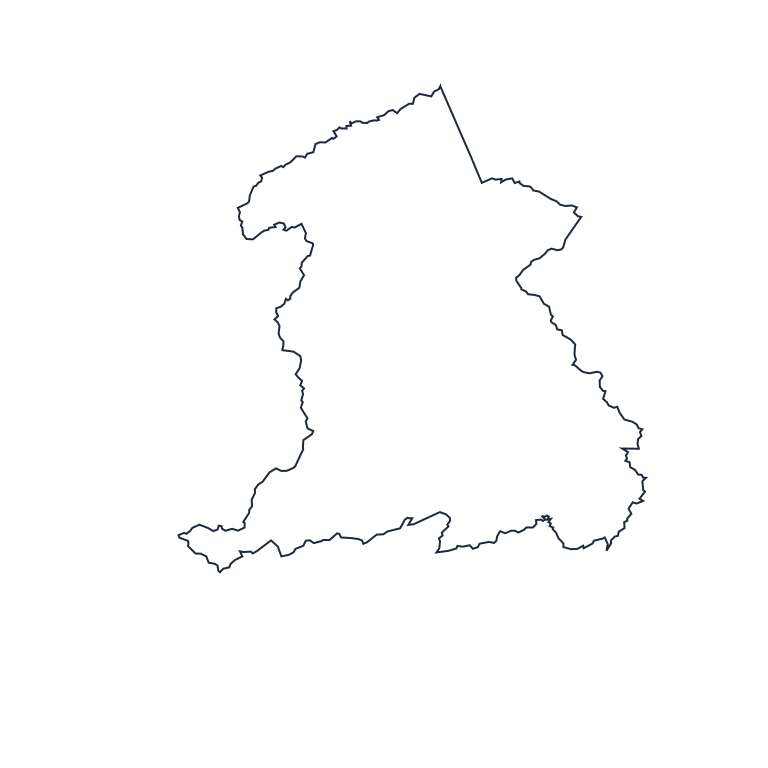 Utuado, Puerto Rico (Equal Earth projection), rotated 63°
{"feature_id": "32010507B18801000784875", "entity_name": "Utuado", "entity_type": "district", "adm_level": 2, "iso_a3": "PRI", "parent_name": "Puerto Rico", "parent_adm1": "", "projection": "equal_earth", "projection_center": [-66.695, 18.25], "detail": "fine", "context": "isolated", "style": "outline", "palette": "slate", "viewbox_px": 768, "rotation_deg": 63, "n_neighbors": 0, "source": "geoboundaries", "source_scale": "gbopen_adm2", "svg_char_len": 5121}
<svg xmlns="http://www.w3.org/2000/svg" viewBox="0 0 768 768"><g transform="rotate(63 384 384)"><path d="M557.4,186.3L552.4,185.3L548.4,182.5L547.2,178.3L543.0,177.7L541.6,174.4L539.0,177.2L534.7,177.2L530.2,180.0L524.7,186.0L516.4,187.1L510.2,186.5L509.6,189.9L505.0,193.6L501.7,193.6L496.7,195.5L491.0,189.9L489.6,191.9L484.7,193.0L478.8,190.3L476.2,185.8L472.0,186.0L469.8,188.7L467.8,195.9L464.6,200.1L462.1,202.2L454.0,205.4L452.5,207.3L449.6,201.9L444.4,201.0L439.7,198.3L435.6,195.7L429.2,197.4L421.5,202.6L416.8,201.2L414.0,204.9L413.7,204.8L409.5,204.1L404.9,206.8L403.2,206.6L400.5,202.9L397.9,203.8L390.0,201.8L385.1,205.1L376.5,205.6L373.0,209.4L369.5,214.8L365.6,215.7L362.2,218.6L360.4,218.2L352.0,219.2L349.3,218.0L348.3,213.5L345.5,208.3L344.2,199.3L341.9,197.4L341.5,193.8L342.6,188.4L341.1,181.7L339.2,177.3L339.5,173.2L343.5,168.8L344.6,164.9L343.7,162.4L337.7,156.8L324.6,132.4L322.5,135.1L317.2,136.9L314.2,131.9L310.2,135.6L307.6,141.8L304.3,145.6L299.4,147.4L294.8,151.4L282.8,158.6L279.3,163.2L275.9,163.5L273.9,164.7L270.9,169.7L266.7,171.9L265.0,171.4L264.3,176.3L259.0,176.4L257.1,182.5L257.5,188.1L254.7,186.1L252.5,191.9L249.8,194.4L249.2,205.5L221.5,203.4L204.6,202.4L203.1,202.3L145.0,198.7L144.1,198.5L146.2,201.3L146.2,206.6L149.2,211.3L141.6,220.7L142.0,222.4L142.7,226.9L147.5,231.0L145.7,234.3L146.5,244.5L148.7,249.3L143.7,252.0L143.0,256.5L144.5,261.9L143.2,269.0L146.4,268.5L146.1,270.7L144.6,273.0L143.3,278.4L143.8,280.5L141.4,284.7L139.2,285.9L137.2,289.8L137.1,294.4L134.4,295.3L138.9,296.1L137.0,300.3L139.4,301.3L136.9,306.0L135.1,307.3L136.3,310.6L135.8,314.2L141.9,313.8L142.6,317.8L141.2,318.5L142.2,326.7L139.5,331.2L139.1,336.1L145.4,341.7L144.0,347.9L146.4,351.6L144.5,353.0L141.3,358.7L144.0,366.7L143.9,372.3L145.1,375.3L143.0,376.6L142.8,383.1L143.6,386.4L142.5,390.5L142.0,399.5L144.8,399.0L147.7,401.4L147.7,404.7L149.3,407.8L148.9,410.6L155.0,417.9L160.2,421.4L161.0,423.9L160.7,434.3L165.6,434.4L168.5,437.0L172.4,438.2L174.9,436.5L178.0,439.7L180.3,439.2L186.7,441.7L192.4,440.7L195.6,435.1L193.4,425.0L193.0,421.0L194.2,417.0L192.7,415.5L194.8,409.4L192.2,409.5L192.6,403.9L195.5,400.4L199.7,400.6L200.9,403.5L203.1,401.4L202.2,395.0L204.0,392.5L203.8,384.8L214.1,385.1L218.4,388.4L221.5,388.1L226.3,383.7L227.8,383.9L236.0,391.6L235.3,393.9L238.7,402.4L241.7,404.0L242.8,406.6L250.7,405.8L254.6,411.9L259.8,415.7L261.1,423.7L263.1,427.6L265.5,428.8L265.8,431.7L263.6,432.8L267.2,436.4L268.3,440.9L267.6,445.6L271.4,447.6L275.3,447.4L276.7,452.2L280.8,450.7L285.0,450.8L291.2,455.0L295.6,455.6L300.4,454.2L304.2,456.4L307.7,459.2L314.1,449.9L321.2,445.9L325.5,447.2L331.5,451.9L335.2,458.3L339.0,457.5L344.0,455.6L347.1,459.2L351.6,457.2L352.3,458.8L352.8,460.0L356.4,460.8L361.0,465.1L363.3,464.6L367.4,468.9L379.9,467.8L381.8,470.7L388.9,472.3L393.8,468.4L396.0,471.0L397.4,481.3L403.6,485.0L405.8,485.8L407.2,487.9L417.2,500.7L417.5,502.3L417.6,505.2L417.2,510.1L414.7,515.1L410.1,518.6L410.8,526.2L416.0,536.6L416.3,541.1L419.0,546.8L422.5,548.4L427.1,554.5L433.0,557.0L435.0,561.2L437.7,562.8L443.0,572.0L444.6,571.2L448.6,573.4L448.4,580.6L444.1,585.0L442.7,592.0L439.4,594.0L437.0,593.3L435.2,595.6L438.1,598.3L437.5,603.0L432.6,606.0L425.5,612.4L425.2,620.0L426.8,623.2L427.8,628.1L425.9,629.7L425.4,635.6L428.0,636.1L434.9,629.8L437.6,630.8L439.4,632.2L449.5,628.9L452.0,624.3L456.8,620.6L463.6,621.3L467.6,616.2L470.3,614.8L475.1,616.4L477.3,615.5L475.6,611.2L477.1,605.1L474.7,602.5L473.2,596.8L473.3,588.5L467.7,588.3L469.9,585.5L473.0,578.6L475.4,577.9L475.1,572.5L473.5,563.8L472.1,555.6L480.7,552.4L491.0,553.7L493.0,546.5L492.9,541.1L490.7,537.7L491.5,529.3L488.1,524.9L489.7,520.9L493.9,518.8L495.7,510.6L495.3,509.1L498.3,503.4L495.8,493.5L497.2,491.9L501.3,491.9L506.3,483.3L510.6,477.1L513.5,474.6L517.0,475.0L517.3,470.9L514.9,458.9L517.6,452.8L517.0,447.8L519.9,435.1L514.3,427.0L513.9,423.6L514.9,422.8L516.4,419.8L520.6,426.3L522.4,421.3L523.5,392.4L528.4,387.8L533.5,386.1L536.0,387.4L538.1,391.5L540.2,391.3L542.7,400.0L545.6,400.5L546.5,405.1L549.8,405.6L555.6,409.4L557.9,413.7L561.9,402.4L563.4,394.1L561.6,392.1L564.7,387.7L566.6,380.8L571.1,379.7L572.0,374.5L569.7,371.5L572.3,362.2L575.6,358.1L574.8,355.2L571.3,352.5L568.3,348.2L568.0,347.2L572.0,343.8L572.5,337.1L574.4,333.7L577.3,331.8L577.5,325.8L576.5,322.2L579.5,316.3L577.8,311.7L574.3,310.4L576.1,305.6L578.2,304.6L577.9,301.7L573.1,303.5L575.1,301.3L575.3,298.5L577.0,297.3L578.9,300.1L579.9,296.5L581.7,300.2L584.0,298.7L585.7,300.9L588.8,298.4L589.8,299.6L594.6,298.2L601.1,298.5L604.1,297.4L607.6,296.6L610.7,298.2L616.1,292.3L618.7,286.6L618.5,280.0L621.0,280.7L620.8,270.6L618.9,268.1L621.0,259.5L620.9,257.0L628.2,257.3L633.6,261.5L629.1,254.0L626.5,252.9L624.7,247.6L625.5,244.6L622.2,241.9L621.6,235.1L616.1,232.7L616.3,229.3L614.3,228.4L612.0,222.6L606.0,222.6L602.4,216.1L605.2,213.1L605.8,206.2L602.2,208.4L598.4,200.3L596.2,201.2L587.9,197.9L586.5,193.2L584.9,195.7L581.9,195.6L580.1,198.6L574.2,199.4L570.0,202.4L565.2,200.7L562.0,203.8L560.8,201.3L557.6,200.9L555.5,197.5L549.6,201.1L557.4,186.3Z" fill="none" stroke="#1e293b" stroke-width="2"/></g></svg>